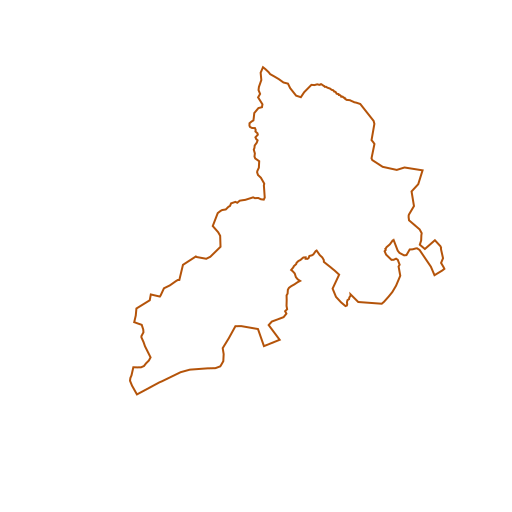 Charanchi, Katsina, Nigeria (Mercator projection), rotated 48°
{"feature_id": "59680162B50452180674611", "entity_name": "Charanchi", "entity_type": "district", "adm_level": 2, "iso_a3": "NGA", "parent_name": "Nigeria", "parent_adm1": "Katsina", "projection": "mercator", "projection_center": [7.676, 12.562], "detail": "fine", "context": "isolated", "style": "outline", "palette": "amber", "viewbox_px": 512, "rotation_deg": 48, "n_neighbors": 0, "source": "geoboundaries", "source_scale": "gbopen_adm2", "svg_char_len": 3915}
<svg xmlns="http://www.w3.org/2000/svg" viewBox="0 0 512 512"><g transform="rotate(48 256 256)"><path d="M120.4,124.5L122.9,129.9L128.8,134.3L132.3,140.7L134.4,143.1L138.3,144.5L139.5,148.3L147.6,149.7L149.4,152.0L147.7,155.2L148.6,161.6L152.0,165.4L153.5,167.2L153.1,169.3L153.0,172.0L154.7,173.6L155.1,173.8L156.2,174.1L158.2,173.3L159.5,172.0L160.2,171.2L162.0,171.8L163.1,173.1L165.8,172.8L167.1,173.5L167.4,177.0L169.1,177.6L171.1,177.4L172.3,179.6L173.0,183.0L174.6,184.8L175.5,186.5L179.0,188.2L181.1,190.6L183.0,191.3L187.7,190.2L192.3,194.8L193.8,198.3L194.6,199.2L197.1,200.3L201.2,200.0L202.5,200.3L206.2,201.1L206.3,201.1L207.8,201.5L208.9,203.0L209.7,203.6L218.4,210.4L219.3,212.5L217.1,214.4L214.4,215.5L212.3,218.1L210.5,218.9L207.1,226.4L205.4,228.9L204.0,231.1L203.9,234.3L202.0,235.1L200.2,239.3L201.4,241.8L201.0,243.6L201.2,247.3L199.2,250.4L198.8,252.0L198.5,255.7L204.8,268.1L213.0,268.2L217.0,269.1L225.4,276.2L226.0,290.5L224.9,294.3L224.8,294.8L216.9,300.9L216.1,301.0L213.7,316.2L222.5,329.0L221.5,330.2L221.1,332.2L220.2,339.7L218.4,346.0L221.5,353.3L221.8,354.6L214.2,359.9L217.8,364.6L215.0,380.0L219.8,385.2L223.7,390.8L230.7,387.0L235.2,389.0L237.4,390.7L238.9,394.8L239.8,395.6L244.8,397.2L248.8,398.9L260.8,402.2L262.0,405.6L262.2,409.6L262.8,412.9L261.8,415.9L260.9,416.9L259.4,418.7L256.6,421.6L261.4,428.4L262.6,431.0L264.4,433.1L269.4,434.9L279.2,437.1L285.3,412.2L286.1,410.0L291.9,389.8L296.2,381.2L306.9,367.4L312.2,361.2L314.1,356.4L313.8,355.3L313.1,353.1L312.3,350.7L307.3,345.7L302.2,342.4L298.9,331.2L294.4,318.3L298.2,313.9L311.6,303.4L328.3,310.4L334.1,294.5L315.8,292.8L315.3,288.1L319.9,276.4L319.2,272.0L316.5,271.3L316.4,268.5L313.5,266.7L309.4,262.8L305.7,259.6L305.1,257.7L302.4,254.9L301.7,252.8L302.0,249.9L302.8,246.4L303.3,242.7L304.0,239.9L301.4,240.6L298.4,240.5L294.9,238.9L292.1,238.9L289.9,239.2L289.4,235.8L288.9,234.8L288.9,231.6L288.2,230.4L288.1,227.8L288.7,225.6L288.7,223.5L288.8,221.8L290.2,220.0L291.3,221.0L292.6,219.6L292.7,218.2L291.7,216.3L292.9,214.0L293.2,212.3L292.6,209.7L292.3,208.4L292.5,207.3L298.0,208.0L301.4,207.7L304.3,208.3L305.8,209.5L309.5,208.9L314.1,208.1L317.0,207.7L319.4,207.3L325.5,206.7L331.5,220.9L339.9,223.9L347.4,223.8L353.1,223.0L353.6,221.6L352.8,220.4L351.5,219.6L350.6,218.5L350.0,217.5L350.3,215.7L349.4,214.6L349.0,213.5L348.8,212.2L347.7,211.4L358.6,210.8L375.6,194.5L375.7,191.6L374.9,184.5L374.0,178.8L371.8,171.8L367.2,162.0L360.4,157.8L359.2,157.1L358.6,155.1L353.7,153.2L351.7,153.7L350.9,156.3L349.5,157.9L342.0,158.4L338.5,157.2L338.3,155.5L337.3,155.1L337.4,154.8L337.2,154.3L336.8,153.2L336.9,148.7L336.5,146.8L336.3,145.8L335.9,144.1L336.5,143.8L336.4,143.1L346.8,147.1L349.7,147.3L354.6,145.5L356.0,143.6L354.0,137.4L355.8,135.2L357.3,132.2L358.0,131.2L360.9,130.4L368.7,131.5L381.0,133.2L389.7,136.2L391.4,127.4L391.6,124.6L389.9,124.1L385.0,123.1L382.8,118.5L375.3,114.3L374.1,113.5L373.8,113.0L372.2,112.4L364.0,112.5L363.8,125.8L357.2,126.7L355.0,122.9L351.3,119.3L349.9,117.6L345.7,116.6L331.9,118.4L329.4,116.7L328.0,115.4L327.5,114.5L324.6,105.2L312.1,97.2L311.2,87.4L303.8,74.9L289.6,86.4L286.2,93.8L274.5,102.2L262.5,105.4L260.7,104.8L252.0,93.0L249.8,92.7L247.2,92.6L237.0,79.6L234.3,78.2L212.8,76.8L209.1,78.9L207.5,80.1L206.2,80.6L204.7,81.3L203.0,82.0L200.6,84.2L199.4,84.5L198.9,84.3L198.6,84.6L197.7,84.3L197.1,84.9L196.5,84.9L195.5,85.0L195.2,85.6L194.6,86.1L194.1,85.8L192.8,85.9L191.8,86.7L191.2,86.3L190.7,86.4L190.1,87.0L189.3,87.5L188.1,87.2L187.2,87.1L186.1,87.9L185.3,87.7L184.3,87.8L183.3,88.5L182.1,88.8L181.0,89.0L179.3,90.0L178.1,90.5L177.2,90.7L176.3,91.7L175.3,91.6L174.8,91.9L173.3,92.2L171.9,92.6L171.5,93.2L171.6,93.8L171.2,94.4L169.4,95.6L168.1,98.2L165.9,100.3L166.5,110.6L168.0,116.4L163.7,118.9L154.1,118.3L149.3,116.9L145.4,119.5L139.8,120.7L134.7,122.3L130.3,123.8L127.9,123.6L123.2,124.0L120.4,124.5Z" fill="none" stroke="#b45309" stroke-width="2"/></g></svg>